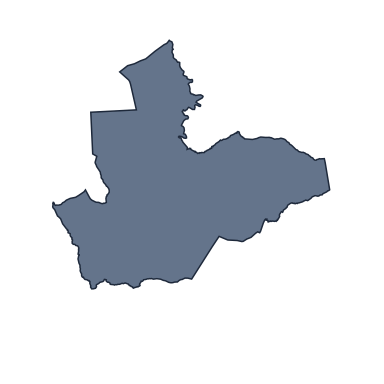 Kitwe, Copperbelt, Zambia, rotated 24°
{"feature_id": "96606910B1018737914833", "entity_name": "Kitwe", "entity_type": "district", "adm_level": 2, "iso_a3": "ZMB", "parent_name": "Zambia", "parent_adm1": "Copperbelt", "projection": "mercator", "projection_center": [28.274, -12.828], "detail": "fine", "context": "isolated", "style": "filled", "palette": "slate", "viewbox_px": 384, "rotation_deg": 24, "n_neighbors": 0, "source": "geoboundaries", "source_scale": "gbopen_adm2", "svg_char_len": 6060}
<svg xmlns="http://www.w3.org/2000/svg" viewBox="0 0 384 384"><g transform="rotate(24 192 192)"><path d="M69.4,257.3L69.5,259.1L70.2,260.1L70.7,262.0L71.4,262.9L73.8,264.0L79.0,268.7L79.6,268.7L82.9,269.9L86.8,273.7L92.5,276.8L93.6,277.0L93.6,277.6L94.8,278.0L95.3,279.6L97.6,279.6L98.3,281.1L99.1,281.9L101.0,282.7L101.4,283.9L102.1,284.1L102.7,285.2L102.5,285.7L103.1,286.7L103.2,287.4L104.8,288.1L106.3,287.5L107.6,288.1L109.4,287.7L111.0,288.7L111.3,289.6L111.8,290.0L111.8,291.1L112.4,291.7L113.2,295.1L113.8,295.3L114.4,295.1L114.7,295.6L114.4,296.3L115.1,299.5L117.8,303.1L119.4,304.4L120.4,306.5L121.2,307.4L121.9,309.5L123.4,311.0L124.3,311.5L125.3,313.5L126.4,314.3L127.0,314.4L127.5,314.0L128.5,314.9L129.8,315.4L131.9,314.9L133.3,315.2L133.8,314.8L134.1,314.8L134.5,315.4L135.1,315.3L135.9,317.1L137.7,318.9L138.0,320.1L139.8,321.3L141.2,320.6L143.0,319.2L143.3,317.4L142.4,316.0L142.5,315.4L144.0,313.6L144.6,312.0L147.0,310.1L147.5,309.1L147.5,307.5L148.3,307.2L149.4,307.1L149.5,307.9L150.3,308.5L151.8,308.7L152.6,308.3L154.3,308.7L154.8,309.5L155.4,309.5L158.2,308.5L158.9,308.6L159.9,307.7L161.1,307.3L161.5,306.7L163.5,305.7L165.3,303.8L166.5,303.7L167.9,302.3L171.3,302.0L171.7,302.5L172.8,302.6L173.0,302.9L174.0,302.6L174.7,303.1L176.5,302.9L176.8,303.5L177.8,303.6L178.5,302.5L179.4,302.0L179.8,301.4L180.5,301.1L180.6,300.7L181.4,300.5L181.6,299.8L182.4,299.2L182.5,298.3L181.6,297.6L181.5,297.2L182.0,295.1L181.8,294.2L182.9,293.8L183.4,292.8L183.4,291.9L185.3,290.7L186.8,289.3L187.7,289.0L188.2,288.5L189.4,288.1L190.0,287.6L192.2,287.3L195.1,285.5L198.9,284.4L201.7,284.4L203.8,283.9L207.5,284.0L209.7,283.5L211.4,282.6L212.7,281.4L215.3,280.1L216.3,277.9L217.6,276.4L218.4,276.1L220.6,273.5L223.2,272.4L227.1,271.7L232.7,233.8L234.8,221.5L244.2,221.3L253.1,217.9L257.7,217.0L258.9,216.2L261.2,212.7L264.4,209.4L266.9,203.8L268.2,201.7L270.4,201.7L270.6,200.0L269.8,191.4L269.8,188.1L270.2,186.8L271.4,186.4L271.4,187.5L272.7,187.2L273.7,188.4L274.2,188.1L274.2,187.5L275.5,187.0L275.8,186.4L276.6,186.5L277.5,185.7L279.3,185.3L280.0,184.6L280.8,184.6L281.1,183.6L281.6,183.2L281.2,182.4L281.8,181.7L282.0,178.6L281.3,177.7L281.1,176.8L281.6,173.8L281.9,173.5L283.0,173.7L283.1,173.4L282.9,171.3L284.5,168.7L284.5,167.8L285.0,167.3L284.8,165.2L286.5,162.4L287.8,161.2L288.6,161.3L289.8,161.0L289.9,160.7L291.0,160.8L291.9,159.8L292.9,159.7L293.3,158.9L294.1,158.5L297.2,155.8L297.5,155.1L298.5,154.1L299.1,153.2L301.2,152.8L303.2,149.5L303.9,147.3L305.0,146.4L305.4,145.6L306.1,145.2L308.8,144.6L309.9,143.5L310.2,142.7L312.1,141.6L312.3,140.3L315.0,137.1L315.5,135.8L316.3,135.2L316.9,134.0L301.8,111.1L299.3,107.7L295.9,109.5L294.7,109.8L294.2,110.6L292.8,111.6L292.6,112.3L291.5,112.9L289.9,112.7L288.5,111.8L286.2,111.8L285.5,111.3L284.3,111.2L282.9,110.6L280.3,110.8L279.8,110.5L277.4,110.5L276.2,111.2L272.9,111.6L271.2,110.8L269.8,111.0L264.8,109.1L262.9,108.6L262.0,108.7L260.4,107.5L258.4,107.4L256.6,106.5L255.3,106.2L253.5,106.3L251.3,106.7L249.3,108.4L248.1,108.8L246.0,110.2L241.9,110.2L241.4,110.6L240.5,110.6L237.1,112.2L232.5,113.8L230.7,115.3L229.8,116.5L225.9,119.4L218.4,122.1L218.0,121.7L216.9,121.7L216.4,121.3L215.7,121.5L215.4,121.1L213.8,120.9L211.2,119.1L211.1,118.5L210.5,118.0L209.3,118.1L208.8,118.9L209.1,119.5L208.5,119.8L208.6,120.2L207.7,120.6L206.4,122.6L204.2,124.8L204.2,126.1L202.9,127.7L202.9,128.2L201.0,130.2L199.2,131.1L198.6,132.2L197.7,133.1L197.0,132.9L196.6,133.5L196.2,134.9L194.1,138.1L193.8,139.5L192.8,141.1L192.7,142.0L191.9,142.0L191.6,142.4L192.1,144.1L191.7,144.2L191.4,144.8L191.0,144.6L190.8,144.8L190.7,145.7L189.4,147.3L188.9,147.6L188.6,148.5L187.3,149.8L187.4,150.7L187.0,151.1L184.5,152.1L184.3,152.6L183.1,152.9L182.8,153.3L182.8,153.7L182.1,153.7L181.4,154.5L180.1,153.9L179.3,154.1L178.9,153.8L178.7,154.1L178.4,153.8L178.0,154.0L177.8,153.7L177.2,153.9L174.4,153.7L173.5,153.5L173.1,152.8L172.6,152.9L172.0,153.1L171.8,153.9L170.9,154.2L170.2,155.0L169.7,153.2L163.2,150.1L162.7,149.4L161.6,149.0L161.0,148.1L159.8,147.1L158.4,147.7L157.3,147.2L157.5,146.3L159.2,145.7L160.7,145.6L162.6,146.0L164.2,145.6L165.0,144.9L164.9,144.6L164.3,143.5L162.4,142.0L160.6,142.2L160.0,138.8L158.6,136.6L157.1,135.8L155.4,135.7L155.2,135.3L155.5,130.1L156.6,128.0L158.4,126.9L158.5,125.7L158.3,125.2L157.4,124.5L156.6,124.3L154.9,124.9L153.7,124.9L153.2,124.2L152.6,124.2L152.4,123.8L150.8,122.9L150.3,122.3L150.7,121.8L150.7,120.5L151.4,120.5L152.0,121.0L152.9,120.5L153.2,119.5L153.9,118.8L154.0,117.5L154.5,116.0L155.5,115.9L158.8,116.4L160.7,115.6L160.3,113.3L159.4,112.3L159.3,111.8L159.9,110.8L161.7,110.6L163.6,110.8L164.6,110.5L164.8,109.8L164.5,109.1L164.1,108.9L161.8,108.8L159.2,108.3L159.3,107.1L163.1,101.9L163.3,100.4L162.8,99.9L160.5,99.7L158.7,100.6L156.1,102.3L154.8,102.2L153.8,102.6L153.1,102.2L151.3,102.7L150.5,102.4L150.2,101.7L149.1,101.0L148.2,98.6L146.5,96.3L144.7,95.0L144.7,94.3L145.4,93.1L145.9,92.5L147.1,92.0L147.6,91.2L146.9,89.5L146.3,89.2L144.6,90.3L141.9,90.5L141.3,90.2L140.7,89.1L140.2,88.8L136.8,88.9L135.9,87.9L136.0,86.4L135.5,85.1L133.2,84.5L130.8,83.1L129.5,81.8L128.1,78.7L127.1,78.7L126.0,79.3L123.7,77.7L121.7,77.4L120.3,76.8L119.2,74.4L116.9,72.5L116.2,70.1L116.2,69.7L116.6,69.8L116.8,69.3L115.4,68.3L114.5,65.0L112.5,63.0L110.3,63.0L109.5,62.7L108.8,65.7L108.2,66.9L106.6,68.7L101.0,78.4L95.6,89.2L91.5,93.2L87.3,98.2L81.8,102.8L77.1,111.7L88.6,115.4L90.2,116.5L92.0,118.5L107.8,139.6L67.1,160.3L85.8,197.6L90.5,198.1L91.4,204.2L91.8,204.9L94.0,206.8L94.5,207.5L100.0,211.0L101.1,212.7L102.3,213.9L103.3,216.0L105.7,217.2L106.5,218.4L107.6,219.3L110.0,220.3L111.5,221.5L112.1,221.4L114.3,222.6L115.5,223.8L116.5,226.0L116.0,228.7L115.5,229.4L116.0,230.1L115.6,230.9L116.0,232.9L118.0,236.4L116.7,237.9L115.9,238.1L115.3,238.9L113.7,239.4L111.1,239.4L108.4,240.4L103.9,240.2L101.9,239.6L99.8,238.1L93.8,233.4L93.3,235.7L89.9,241.2L87.8,244.2L83.3,247.4L80.5,250.6L79.5,252.9L78.2,254.4L77.6,256.5L75.6,258.2L73.3,259.2L72.6,259.8L71.8,259.5L70.5,258.2L70.0,258.4L69.4,257.3Z" fill="#64748b" stroke="#1e293b" stroke-width="1.5"/></g></svg>